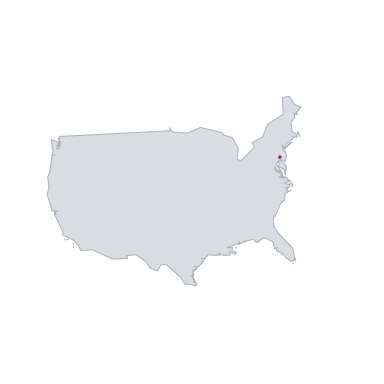 Delaware, Pennsylvania, United States of America shown in context, rotated 334°
{"feature_id": "52423323B13183182177213", "entity_name": "Delaware", "entity_type": "district", "adm_level": 2, "iso_a3": "USA", "parent_name": "United States of America", "parent_adm1": "Pennsylvania", "projection": "orthographic", "projection_center": [-75.397, 39.934], "detail": "fine", "context": "in_parent", "style": "filled", "palette": "rose", "viewbox_px": 384, "rotation_deg": 334, "n_neighbors": 0, "source": "geoboundaries", "source_scale": "gbopen_adm2", "svg_char_len": 4093}
<svg xmlns="http://www.w3.org/2000/svg" viewBox="0 0 384 384"><g transform="rotate(334 192 192)"><path d="M289.6,164.3L308.1,162.0L314.7,146.6L321.5,148.7L322.4,157.9L326.9,163.6L320.1,166.4L319.8,168.1L318.5,166.1L317.0,169.8L311.6,172.7L308.3,182.1L311.6,185.8L313.7,185.2L313.1,183.5L313.8,184.3L314.1,186.2L307.9,187.8L306.7,185.8L306.1,188.7L299.0,189.6L293.6,193.3L294.1,191.2L293.6,189.9L292.2,194.9L293.7,195.7L293.2,199.9L289.5,205.3L285.6,202.0L288.0,198.6L285.3,201.0L286.3,204.7L287.9,206.9L288.2,209.3L283.3,218.0L284.9,212.5L281.2,207.3L283.8,201.9L280.1,203.5L281.2,211.6L277.7,209.1L276.4,209.3L277.6,206.8L277.6,206.0L276.3,208.0L276.2,209.7L281.6,212.9L280.3,214.3L278.0,211.5L277.1,211.0L280.0,214.4L281.3,215.1L280.5,217.1L278.9,215.5L281.4,218.7L280.8,219.1L279.5,217.5L276.2,216.7L280.3,219.7L283.0,219.6L285.5,227.1L283.3,221.4L283.9,225.1L278.9,224.3L282.5,228.0L284.3,226.9L281.9,230.3L277.1,229.0L280.0,230.8L277.4,232.4L280.4,233.7L274.9,234.4L271.9,239.7L266.7,241.0L256.3,250.3L255.1,249.1L250.8,257.8L250.4,260.0L251.6,266.9L257.9,287.3L254.8,297.6L250.9,298.0L247.5,292.1L247.0,287.4L242.0,281.6L244.0,279.3L241.3,279.2L242.9,272.3L237.2,264.8L227.6,265.5L226.3,261.2L217.1,259.7L218.4,258.3L216.6,259.7L212.3,259.8L212.7,256.7L211.7,258.8L199.0,257.4L204.2,259.8L202.0,262.4L205.7,265.8L203.4,266.9L199.4,262.5L198.7,265.3L192.6,263.0L189.7,258.7L187.3,260.2L178.8,255.5L173.0,258.4L174.5,257.6L171.9,255.9L169.7,260.5L163.7,262.3L165.1,261.7L161.7,260.3L162.6,262.3L158.1,263.3L155.6,268.2L153.9,266.9L155.2,268.7L154.6,273.7L155.8,277.1L154.4,277.8L145.1,271.4L144.3,263.6L137.2,246.3L132.2,243.8L126.0,247.8L121.0,242.0L120.0,234.6L114.4,224.0L105.7,220.5L104.8,223.3L91.1,217.4L77.2,200.3L66.3,195.6L66.7,190.1L64.2,183.1L57.1,174.2L58.5,170.9L58.6,151.6L59.6,150.2L60.0,153.1L60.7,149.3L63.8,151.0L58.1,147.7L60.7,130.9L65.7,124.5L68.8,115.5L73.2,111.3L82.8,97.1L85.0,99.2L82.8,96.6L86.1,93.2L85.1,92.6L88.8,83.2L93.8,88.8L89.8,92.3L93.7,90.6L91.2,94.1L89.3,94.0L90.2,94.9L92.2,94.1L95.0,90.7L97.0,83.9L199.3,127.5L200.0,125.1L201.2,129.7L213.5,137.0L227.7,137.6L245.2,151.9L245.7,155.0L252.0,160.6L252.9,172.9L247.1,182.2L249.1,185.6L268.0,179.0L267.5,174.4L269.2,173.7L279.2,173.7L289.6,164.3ZM301.2,191.5L304.3,190.9L293.4,194.1L302.4,190.4L301.2,191.5ZM95.2,87.7L94.5,90.6L94.2,90.9L94.2,88.4L95.2,87.7ZM155.8,276.2L155.2,271.6L155.7,269.1L155.5,271.8L155.8,276.2ZM320.8,166.7L320.9,168.1L320.4,167.8L320.8,166.7ZM189.6,260.0L189.7,261.1L188.8,260.1L189.6,260.0ZM58.8,180.1L60.0,180.2L60.0,180.4L58.8,180.1ZM57.8,179.1L57.2,179.5L57.1,178.7L57.8,179.1ZM310.8,187.9L309.9,188.8L309.7,188.6L310.8,187.9ZM156.9,267.1L155.8,268.8L158.3,265.5L156.9,267.1ZM256.1,280.6L257.3,284.6L255.8,280.2L256.1,280.6ZM62.6,186.3L62.7,187.5L62.5,186.3L62.6,186.3ZM255.4,298.2L254.2,299.4L256.3,296.9L255.4,298.2ZM285.9,229.6L284.6,231.2L285.7,227.5L285.9,229.6ZM95.6,85.3L95.1,86.0L95.0,85.4L95.6,85.3ZM162.5,263.0L160.4,263.5L162.6,262.8L162.5,263.0ZM313.7,188.1L313.7,189.2L312.8,189.0L313.7,188.1ZM61.5,189.0L61.3,190.4L61.3,189.1L61.5,189.0ZM159.8,264.1L159.0,264.4L159.8,263.8L159.8,264.1ZM287.7,211.0L286.4,213.1L287.9,210.2L287.7,211.0ZM172.3,259.1L170.9,259.6L172.9,258.6L172.3,259.1ZM251.0,258.9L250.7,260.5L250.6,259.3L251.0,258.9ZM280.9,234.0L280.4,234.3L281.7,233.1L280.9,234.0ZM231.0,265.5L229.4,266.2L228.7,265.9L231.0,265.5ZM211.8,259.4L211.5,259.7L210.6,259.5L211.8,259.4ZM245.3,287.4L245.4,288.6L245.0,287.2L245.3,287.4ZM207.5,261.1L207.1,262.1L207.2,260.2L207.5,261.1ZM251.6,300.7L250.7,300.8L251.9,300.5L251.6,300.7ZM292.9,200.7L292.3,201.7L293.1,200.2L292.9,200.7ZM283.7,231.5L283.1,231.9L283.7,231.5Z" fill="#d9dde1" stroke="#a8b0b8" stroke-width="1"/><path d="M286.9,198.7L286.7,198.4L286.5,198.2L286.4,198.1L286.2,198.2L286.2,198.3L286.0,198.6L285.7,198.8L285.6,199.1L285.4,199.2L285.4,199.3L285.2,199.4L285.2,199.6L285.3,199.6L285.5,199.6L285.8,199.7L286.0,199.8L286.3,199.8L286.4,199.7L286.5,199.6L286.8,199.6L287.1,199.5L287.2,199.4L287.0,199.2L287.1,198.9L286.9,198.7L286.9,198.7Z" fill="#f43f5e" stroke="#9f1239" stroke-width="1.5"/></g></svg>